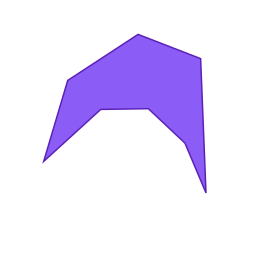 SVG path tracing the border of Wake Atoll, rotated 252°
{"feature_id": "UMI-5179", "entity_name": "Wake Atoll", "entity_type": "state/province", "adm_level": 1, "iso_a3": "UMI", "parent_name": "United States Minor Outlying Islands", "parent_adm1": "", "projection": "robinson", "projection_center": [166.636, 19.291], "detail": "fine", "context": "isolated", "style": "filled", "palette": "violet", "viewbox_px": 256, "rotation_deg": 252, "n_neighbors": 0, "source": "natural_earth", "source_scale": "10m", "svg_char_len": 274}
<svg xmlns="http://www.w3.org/2000/svg" viewBox="0 0 256 256"><g transform="rotate(252 128 128)"><path d="M42.1,182.1L96.0,177.5L140.1,153.3L154.1,107.8L122.3,37.5L191.9,85.4L213.9,166.5L171.5,218.5L42.1,182.1Z" fill="#8b5cf6" stroke="#5b21b6" stroke-width="1.5"/></g></svg>